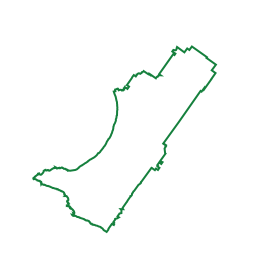 Busselton, Western Australia, Australia (Albers equal-area conic projection), rotated 305°
{"feature_id": "25037944B46798430259876", "entity_name": "Busselton", "entity_type": "district", "adm_level": 2, "iso_a3": "AUS", "parent_name": "Australia", "parent_adm1": "Western Australia", "projection": "albers", "projection_center": [115.148, -33.685], "detail": "fine", "context": "isolated", "style": "outline", "palette": "green", "viewbox_px": 256, "rotation_deg": 305, "n_neighbors": 0, "source": "geoboundaries", "source_scale": "gbopen_adm2", "svg_char_len": 5529}
<svg xmlns="http://www.w3.org/2000/svg" viewBox="0 0 256 256"><g transform="rotate(305 128 128)"><path d="M203.6,168.2L216.0,168.3L216.0,168.2L223.2,168.2L223.3,163.5L230.3,163.7L230.4,152.1L231.3,152.1L231.4,133.6L227.1,133.5L227.1,130.9L222.3,130.8L222.5,121.7L221.4,122.0L220.5,122.5L219.3,122.6L218.7,122.1L218.0,120.4L216.1,120.4L216.1,124.2L214.4,124.2L214.4,122.7L189.9,122.6L189.9,124.5L189.4,123.7L188.5,123.1L188.1,122.9L187.2,122.9L187.2,122.6L186.7,122.4L185.3,122.2L184.7,122.3L184.7,116.6L184.1,116.6L184.1,114.4L184.7,114.4L184.6,113.8L183.7,113.8L183.6,108.5L183.4,108.6L182.2,107.6L181.7,107.4L181.2,107.6L180.6,107.5L180.1,107.1L179.5,107.0L179.4,106.4L179.1,106.1L179.1,105.6L178.8,105.3L178.1,105.0L177.9,104.8L177.0,104.8L176.8,104.6L176.7,104.8L174.7,104.8L174.7,102.4L172.4,102.3L170.9,102.5L162.5,102.5L162.5,105.1L159.7,105.1L159.8,103.7L159.6,103.4L159.5,103.0L159.3,102.8L159.5,102.5L159.3,102.1L159.5,101.9L158.8,101.9L158.4,102.2L158.0,101.9L157.3,102.6L157.2,102.8L156.8,102.6L156.4,102.6L156.4,102.4L156.4,102.1L156.1,102.0L155.9,101.5L155.7,101.5L155.5,101.8L155.2,101.6L155.2,100.3L154.7,99.5L153.6,98.8L154.1,97.8L154.0,97.6L154.4,97.2L154.2,96.8L153.5,96.4L153.1,96.3L152.1,95.4L151.2,95.9L150.8,96.5L149.7,95.4L147.9,97.8L146.6,99.9L143.8,102.9L142.9,104.1L141.7,105.0L140.5,106.1L140.0,106.3L138.9,107.4L137.4,108.3L137.0,108.8L135.7,109.3L134.7,110.0L132.1,111.7L131.7,111.6L129.4,112.8L128.2,113.0L127.2,113.8L126.5,114.0L124.5,114.5L122.5,114.7L121.4,115.2L120.7,115.3L119.4,116.1L117.8,116.8L116.6,117.0L114.7,117.7L113.2,117.9L112.0,118.3L109.5,118.6L108.5,118.6L107.7,118.3L106.6,118.5L104.8,118.5L102.6,119.0L100.0,119.2L98.9,119.0L97.0,119.1L96.7,119.0L95.7,119.0L93.1,118.8L92.4,118.9L90.6,118.5L90.3,118.0L87.7,118.0L85.3,117.4L83.7,116.8L83.0,116.4L81.0,115.5L80.0,114.9L79.1,114.7L77.7,114.2L77.5,114.3L75.6,113.6L74.2,112.9L73.2,112.6L71.8,112.0L71.2,111.9L70.7,111.4L69.9,111.2L69.1,110.8L68.2,110.5L66.6,110.4L66.2,110.1L65.0,109.9L63.4,108.9L59.8,105.1L59.4,104.3L58.5,103.2L59.0,102.7L58.6,102.0L58.9,101.6L58.8,101.1L58.4,100.7L58.6,100.0L57.8,99.0L58.0,98.2L57.7,97.4L57.9,97.0L57.8,96.7L57.6,96.7L57.6,96.4L57.4,96.2L56.0,95.4L56.1,94.7L55.5,94.4L55.3,93.8L54.9,93.7L54.0,93.0L54.0,92.7L54.4,92.1L54.3,91.4L54.2,91.6L53.5,91.3L53.2,91.0L53.3,90.5L53.2,90.4L52.8,90.2L52.4,90.2L51.6,89.6L48.1,88.3L47.7,87.6L47.8,87.3L47.7,87.0L47.8,86.7L47.8,86.8L47.8,86.6L47.5,86.3L46.6,85.9L46.2,85.2L46.5,84.5L46.3,84.3L45.9,84.4L45.7,84.0L45.4,83.8L44.5,83.6L44.4,83.8L42.9,84.1L40.4,83.8L39.8,83.5L39.4,82.9L39.4,82.4L39.7,81.7L39.4,81.7L39.2,81.4L39.5,81.0L39.3,80.6L38.9,80.5L38.6,80.7L37.9,80.9L37.6,80.5L36.5,80.3L35.6,79.9L35.1,80.0L34.6,79.6L34.4,79.6L34.3,79.8L34.1,79.8L33.2,79.4L32.8,79.6L32.5,79.5L32.4,79.4L32.1,79.7L32.0,80.0L32.5,80.2L32.4,80.5L32.9,81.2L33.0,81.9L33.1,82.0L33.2,83.5L33.0,83.9L33.4,84.3L33.4,85.1L33.9,85.8L33.8,86.4L34.0,86.4L33.9,86.8L34.1,87.7L34.0,87.9L33.7,87.9L33.6,88.3L33.0,88.4L32.6,88.9L32.3,89.0L32.1,89.2L32.3,89.2L32.7,89.1L32.5,89.4L32.6,89.5L32.9,90.1L32.9,91.2L33.3,91.5L33.4,92.0L33.6,92.1L33.6,92.4L33.8,92.8L33.9,94.3L34.5,95.7L34.7,95.8L35.0,97.1L35.2,97.4L35.2,98.1L35.5,99.3L35.7,100.9L36.1,101.3L36.3,102.3L36.6,103.0L36.6,103.3L37.2,104.3L37.2,104.8L37.1,105.1L37.5,105.4L37.3,105.6L37.6,106.9L37.7,107.1L37.6,107.4L37.8,107.7L38.1,109.1L37.9,109.4L38.1,110.1L38.3,110.2L38.5,111.8L38.3,112.8L37.7,113.3L37.5,113.9L36.8,114.1L36.8,114.5L36.7,115.0L36.9,115.0L36.7,115.3L36.8,115.6L36.7,115.5L36.6,115.8L36.3,115.7L37.0,116.7L36.2,119.1L35.5,119.9L34.7,120.5L34.1,120.4L33.7,120.0L33.0,120.1L32.6,120.8L32.7,121.0L32.6,121.6L32.2,121.5L32.0,122.0L32.0,122.5L31.8,122.5L31.8,122.8L31.6,122.7L31.4,123.1L30.8,123.4L29.8,123.2L29.8,124.6L30.2,124.7L30.3,125.3L30.1,125.9L29.8,126.1L29.4,126.0L29.0,126.5L29.0,126.8L29.3,126.9L29.2,127.2L29.5,127.3L29.3,127.6L29.6,128.0L29.5,128.7L29.4,128.7L29.3,130.0L29.1,130.2L29.0,130.9L28.7,131.6L27.8,132.7L26.8,133.1L26.5,133.1L26.5,132.6L26.3,132.9L25.6,132.6L25.3,132.3L24.9,132.3L24.8,132.0L24.7,132.2L24.6,132.8L24.6,133.3L24.6,133.6L25.1,134.0L25.3,134.6L25.7,134.9L25.9,135.3L26.0,136.2L26.0,137.5L26.5,138.1L26.5,138.6L26.8,139.0L26.8,139.7L26.9,139.8L26.8,140.0L28.0,143.7L28.2,144.6L28.0,144.8L28.0,145.1L28.3,146.1L28.2,146.8L28.7,147.4L28.9,147.6L28.9,148.1L29.3,148.9L29.2,149.2L29.3,149.5L29.0,149.9L29.1,150.5L28.5,151.4L28.5,152.0L28.2,152.4L28.8,153.2L28.4,154.2L28.8,154.4L29.0,155.6L29.5,156.2L29.6,157.4L30.3,158.9L30.4,159.6L30.4,160.1L31.2,162.3L30.9,163.4L31.0,163.7L31.1,164.7L30.4,166.7L30.4,167.0L30.6,167.6L30.5,168.2L30.6,170.1L33.5,170.2L34.3,169.8L40.1,169.8L40.4,172.0L41.1,171.9L40.9,170.9L42.4,170.9L42.4,170.0L45.6,170.0L46.2,169.6L47.7,170.9L49.6,171.8L49.6,170.1L53.1,170.1L54.5,171.4L57.0,169.7L57.3,168.5L58.7,170.6L59.0,169.9L59.6,169.4L66.2,169.4L67.2,169.5L68.1,169.3L73.1,169.3L73.4,169.5L73.8,169.5L73.9,169.3L74.1,169.5L74.5,169.6L75.4,169.6L76.7,168.9L77.9,169.1L79.0,168.8L80.0,169.1L87.6,169.2L88.7,169.8L90.0,169.8L90.2,170.1L90.8,170.0L91.3,169.6L92.1,169.8L108.9,170.1L109.0,170.4L108.9,170.9L108.9,174.2L110.8,174.2L110.8,176.6L113.4,176.6L113.4,174.2L114.2,174.2L114.2,173.6L114.3,173.3L117.6,173.3L117.6,175.9L119.8,175.9L119.3,173.3L128.5,173.4L128.5,173.0L132.2,169.7L134.7,169.6L134.7,169.1L135.7,169.1L135.7,167.4L135.4,167.4L135.4,165.8L162.0,166.2L200.0,166.2L200.0,167.4L204.4,167.5L203.6,168.2ZM29.5,122.7L29.4,123.4L29.6,123.5L29.7,122.6L29.5,122.3L29.2,122.5L29.5,122.7Z" fill="none" stroke="#15803d" stroke-width="2"/></g></svg>